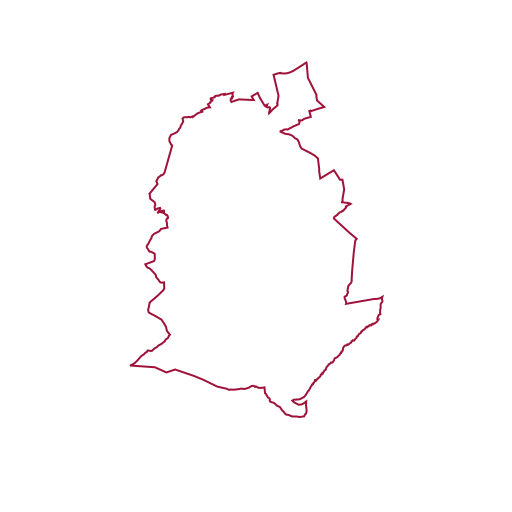 Atltzayanca, Tlaxcala, Mexico, rotated 228°
{"feature_id": "50627088B48258188094940", "entity_name": "Atltzayanca", "entity_type": "district", "adm_level": 2, "iso_a3": "MEX", "parent_name": "Mexico", "parent_adm1": "Tlaxcala", "projection": "natural_earth1", "projection_center": [-97.798, 19.412], "detail": "fine", "context": "isolated", "style": "outline", "palette": "rose", "viewbox_px": 512, "rotation_deg": 228, "n_neighbors": 0, "source": "geoboundaries", "source_scale": "gbopen_adm2", "svg_char_len": 6150}
<svg xmlns="http://www.w3.org/2000/svg" viewBox="0 0 512 512"><g transform="rotate(228 256 256)"><path d="M148.0,170.9L147.0,171.1L143.0,170.2L141.0,170.7L140.1,170.3L139.1,169.2L137.9,169.2L135.1,170.9L134.0,171.2L130.7,171.4L129.6,172.0L127.7,172.7L123.5,172.1L121.8,172.4L119.9,172.1L118.0,172.3L115.7,174.1L112.8,175.3L109.2,179.1L107.2,180.6L104.6,184.5L105.5,186.5L105.4,187.7L107.2,190.2L111.8,193.4L114.3,196.0L114.6,192.7L115.4,190.2L117.0,188.1L122.1,186.3L124.2,186.2L123.9,188.1L122.6,189.4L122.0,190.5L121.1,191.3L120.3,192.7L119.4,195.9L119.1,197.5L119.4,199.9L120.8,204.3L120.6,204.9L122.9,211.5L122.5,212.0L122.5,212.3L123.0,212.5L123.2,213.9L123.0,214.2L123.7,215.9L123.5,216.3L124.1,216.8L123.5,217.2L123.9,217.4L123.5,218.1L123.4,219.0L123.8,219.7L123.4,220.6L123.6,221.5L123.5,223.1L123.9,224.0L124.4,224.5L124.3,225.4L124.1,225.6L124.7,226.2L124.0,227.0L124.5,227.3L124.7,229.4L125.2,230.1L124.8,231.7L126.2,233.9L126.4,236.5L126.9,237.4L126.6,237.8L126.4,239.9L126.7,240.5L125.7,241.4L126.2,244.1L127.2,245.6L127.2,246.5L126.8,247.3L126.4,249.1L126.7,250.4L126.5,251.8L127.0,252.9L126.9,254.1L127.4,254.4L127.3,255.3L127.8,255.8L127.6,256.8L127.8,257.2L128.5,258.3L129.1,258.8L129.9,260.5L129.8,262.5L129.1,263.4L129.0,263.9L129.2,264.7L128.5,264.9L128.3,265.8L128.3,267.2L128.0,268.8L128.6,269.7L128.5,270.2L128.7,271.4L127.6,272.0L127.4,272.5L127.9,273.4L127.9,275.5L128.1,276.3L128.7,277.0L128.3,278.0L129.1,280.2L128.7,282.2L128.8,282.9L129.4,283.6L129.1,284.4L129.4,285.0L128.9,287.3L129.5,290.8L129.3,291.0L128.7,291.0L128.8,292.1L128.3,292.6L128.7,293.9L127.5,294.9L127.9,295.4L127.9,296.0L127.1,296.7L127.6,297.4L127.4,297.9L126.9,298.1L126.5,298.9L126.2,302.0L126.9,304.5L127.4,304.0L127.8,303.9L128.8,304.9L129.2,306.1L129.8,306.9L130.0,307.5L129.6,309.1L129.6,309.7L130.8,310.1L131.5,311.0L132.7,312.0L134.1,314.0L136.4,316.0L137.1,317.0L137.4,319.2L138.2,320.0L140.1,321.0L141.1,322.6L141.7,319.6L143.7,316.4L144.8,315.4L160.2,290.9L160.6,291.6L162.6,292.7L165.3,293.6L166.4,294.5L166.4,295.0L165.9,296.5L166.0,297.3L166.6,298.0L167.2,299.8L167.7,300.3L168.4,300.4L169.7,301.4L170.5,302.9L171.4,303.7L172.1,305.1L172.4,308.3L172.8,309.6L173.7,310.7L174.1,310.9L181.0,317.9L193.2,331.0L201.1,340.2L201.4,342.3L210.7,341.0L231.6,339.0L232.1,339.2L232.6,340.2L232.5,341.6L232.3,342.2L232.4,343.2L232.1,344.0L232.4,344.4L232.4,347.2L231.7,349.3L231.8,350.2L231.3,350.6L231.5,351.2L231.3,352.0L231.6,353.1L231.7,355.3L232.7,355.9L231.4,361.2L232.8,360.7L238.4,355.9L239.3,357.5L239.7,357.7L241.1,359.2L246.5,366.1L254.9,371.3L256.4,369.5L267.6,371.3L270.6,355.6L276.8,359.7L278.1,361.0L287.1,367.3L291.4,366.8L296.2,365.3L305.2,361.8L308.1,362.2L312.3,364.2L314.5,364.7L315.8,364.5L317.2,363.8L320.4,363.6L322.1,363.1L324.9,361.6L326.2,360.3L327.3,359.5L332.0,357.4L332.2,357.7L331.9,357.8L331.3,361.1L330.0,363.2L328.8,364.1L328.2,367.1L327.7,368.3L327.5,369.8L325.3,376.3L326.7,378.4L328.0,378.5L328.2,378.8L326.0,380.8L325.7,383.7L322.7,389.8L328.1,392.7L327.7,393.6L327.1,393.3L323.5,401.4L321.1,406.4L330.7,405.4L334.6,407.9L335.1,408.7L353.7,413.8L364.8,422.2L366.1,422.9L368.5,408.1L369.7,404.1L371.2,401.1L372.5,399.4L374.4,397.4L375.5,396.4L375.7,396.6L376.7,395.2L378.9,390.3L359.9,379.9L355.5,374.2L355.4,374.4L353.5,372.7L353.8,366.4L353.5,364.5L353.3,361.3L354.0,361.8L354.8,363.2L356.4,365.3L357.1,365.7L357.7,365.5L358.8,363.9L359.9,363.4L360.5,363.7L360.5,364.6L361.0,365.6L361.9,363.0L370.5,364.6L376.1,366.4L377.5,359.6L373.4,358.7L383.8,348.1L386.9,340.9L388.3,341.1L389.6,342.2L389.8,343.2L389.6,343.6L389.3,343.4L389.1,343.7L389.5,344.3L389.8,344.0L390.3,344.5L390.4,344.8L390.0,345.7L391.6,346.5L392.3,347.1L392.8,348.1L396.9,340.3L397.5,341.1L398.9,338.8L399.4,338.2L399.9,336.7L400.0,335.6L400.5,334.9L401.2,334.4L402.2,332.6L402.1,332.0L401.6,331.5L403.4,328.1L403.3,327.5L402.4,327.1L401.1,327.8L401.2,327.2L400.8,326.8L401.0,326.5L400.8,324.8L400.5,324.7L400.9,321.8L397.3,321.2L398.8,319.3L400.8,312.7L400.7,312.5L399.3,312.8L399.1,312.7L400.2,310.5L401.2,307.6L401.6,302.1L402.2,302.3L402.4,301.9L402.9,300.0L404.1,299.5L405.5,297.2L405.9,297.0L407.2,295.4L407.4,294.3L407.2,293.3L404.7,292.0L403.5,288.7L403.1,287.1L402.1,285.8L402.0,284.3L401.2,282.1L401.0,280.1L401.8,276.9L402.9,273.8L401.4,270.3L399.3,268.5L395.6,267.5L394.9,267.7L394.1,267.5L379.1,243.7L378.7,241.4L379.0,240.1L379.6,239.5L379.4,238.6L379.6,238.2L379.5,237.2L379.8,236.0L378.5,232.9L378.3,232.0L375.4,231.0L373.5,218.4L373.1,218.4L369.2,215.7L363.8,216.7L361.8,215.7L361.0,214.9L360.7,214.0L360.2,213.4L357.8,211.9L357.5,212.3L357.2,214.6L355.9,216.9L355.5,216.8L355.1,216.5L354.1,212.3L353.7,212.2L353.0,214.7L351.8,217.6L351.5,217.9L351.0,217.9L350.2,217.0L350.6,215.7L350.0,216.1L346.5,216.7L346.4,217.2L346.2,217.3L344.7,217.1L343.2,216.1L343.0,215.9L343.1,215.5L343.4,214.7L342.3,212.9L340.1,211.9L338.3,210.4L336.3,209.3L339.7,203.5L339.1,200.7L340.6,195.3L340.6,194.1L340.5,192.5L340.3,191.7L339.3,190.4L338.5,187.5L337.2,184.4L336.7,182.0L336.1,181.1L335.3,180.5L332.1,180.1L331.4,179.8L330.2,180.0L329.5,180.8L325.8,182.2L325.3,182.1L321.8,179.1L320.9,178.0L320.5,176.7L323.9,168.2L321.9,167.7L320.3,167.6L319.5,167.8L318.6,168.4L316.4,168.8L309.8,168.9L308.3,168.5L307.6,167.8L306.5,167.6L303.6,167.6L301.1,167.2L300.1,167.4L298.8,168.8L297.9,170.0L293.1,165.9L292.6,164.3L292.3,156.4L292.6,145.7L292.1,145.4L291.2,144.0L289.7,142.2L289.0,140.9L287.9,139.6L285.9,138.5L283.6,139.2L279.5,140.8L271.9,143.2L267.2,142.5L263.4,141.6L260.5,140.0L259.2,139.6L255.1,139.4L255.0,138.0L254.2,136.1L254.0,135.3L254.4,132.9L253.6,130.9L253.9,128.3L253.8,127.6L254.8,123.4L254.6,121.1L255.2,119.1L255.2,115.0L256.9,113.3L258.0,112.7L258.3,112.2L257.7,110.5L258.2,109.1L257.9,106.6L258.3,105.4L258.3,102.7L257.7,98.1L257.6,94.3L257.9,92.2L258.9,89.1L241.0,106.4L229.4,111.5L225.8,119.9L208.5,129.6L199.8,133.8L184.7,139.9L177.0,145.4L174.5,146.4L173.6,148.0L172.4,149.0L170.5,151.4L168.3,154.6L167.4,156.3L165.7,157.6L164.3,159.5L162.9,162.7L162.4,165.5L161.7,166.8L160.3,167.7L159.3,167.7L159.1,168.7L156.7,169.5L155.6,170.3L153.5,173.0L152.7,174.4L148.0,170.9Z" fill="none" stroke="#9f1239" stroke-width="2"/></g></svg>